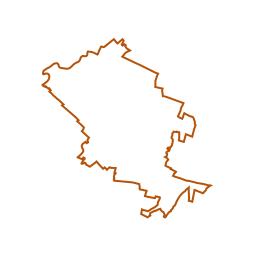 the district of Probota, Iasi, Romania, rotated 229°
{"feature_id": "2599482B12460610774115", "entity_name": "Probota", "entity_type": "district", "adm_level": 2, "iso_a3": "ROU", "parent_name": "Romania", "parent_adm1": "Iasi", "projection": "orthographic", "projection_center": [27.465, 47.391], "detail": "fine", "context": "isolated", "style": "outline", "palette": "amber", "viewbox_px": 256, "rotation_deg": 229, "n_neighbors": 0, "source": "geoboundaries", "source_scale": "gbopen_adm2", "svg_char_len": 5569}
<svg xmlns="http://www.w3.org/2000/svg" viewBox="0 0 256 256"><g transform="rotate(229 128 128)"><path d="M97.3,83.0L84.1,95.6L83.1,96.3L81.9,97.3L80.5,98.1L79.8,98.7L78.2,99.7L77.0,98.8L75.7,98.1L75.0,97.2L74.0,96.6L71.6,98.5L69.7,99.8L68.5,100.9L68.4,100.9L67.9,100.2L66.9,98.3L65.5,96.1L63.7,97.3L57.4,102.3L58.3,104.0L56.8,105.1L55.0,106.5L54.6,106.4L54.1,106.0L53.9,105.6L53.3,104.3L52.4,102.0L50.5,99.8L50.6,98.3L50.5,97.0L51.4,92.9L51.4,92.7L51.6,92.0L51.8,89.8L52.2,88.4L52.4,88.1L54.0,87.3L55.1,86.4L55.6,86.1L56.5,85.5L57.4,85.1L54.4,81.5L47.7,84.2L47.7,85.7L47.3,87.3L47.8,87.3L48.0,87.4L49.2,88.9L48.8,90.4L48.6,91.4L48.2,92.9L48.1,93.5L47.9,93.4L47.6,93.9L47.1,95.4L46.6,97.6L45.8,99.4L44.8,99.1L44.5,98.9L44.2,98.9L42.7,99.0L41.9,99.3L41.5,99.6L40.4,99.2L38.9,98.9L38.4,98.6L38.0,98.0L37.9,97.1L37.7,96.9L36.8,96.9L36.3,97.2L36.1,97.5L36.2,98.2L36.8,100.0L37.4,103.0L37.5,104.0L37.5,104.6L37.3,105.2L37.1,105.5L37.0,105.8L37.6,106.5L37.9,106.9L37.9,107.2L37.7,108.1L38.0,109.1L38.9,110.9L38.9,111.1L38.8,112.4L38.9,112.7L39.1,113.4L40.5,116.2L41.3,118.2L42.1,120.6L42.7,122.9L43.1,125.7L43.1,127.8L42.9,129.4L42.9,129.8L43.3,131.0L43.3,131.6L43.3,133.0L43.1,133.5L43.2,134.0L43.2,134.8L41.3,133.0L35.1,128.2L33.1,126.1L32.8,126.4L32.4,126.7L30.2,128.1L37.6,137.6L29.5,141.8L29.5,142.2L29.9,143.6L29.9,145.6L30.2,146.3L30.7,147.3L30.9,147.7L30.9,148.8L31.0,149.0L30.8,149.4L30.7,151.3L30.5,152.0L30.4,152.6L31.0,152.2L32.1,151.0L35.1,149.0L37.7,147.0L40.9,144.3L48.7,138.9L49.0,138.3L50.4,137.3L56.7,133.9L57.0,133.6L57.6,133.3L58.4,132.7L59.3,132.2L59.8,131.8L61.1,131.2L62.3,130.6L62.5,131.3L62.6,131.6L63.2,132.5L63.3,132.8L63.3,133.2L63.2,133.3L63.3,134.2L63.3,134.7L63.5,135.5L69.1,133.3L69.3,134.0L74.9,131.5L75.1,131.6L77.2,134.7L77.4,135.3L77.6,137.1L77.7,137.6L80.1,137.7L81.7,137.0L81.5,137.7L81.6,139.2L82.7,140.5L84.0,140.5L84.4,141.0L84.5,141.5L84.3,142.9L83.8,144.1L84.6,145.6L85.1,145.4L84.7,144.5L85.6,144.4L86.5,144.1L86.7,144.4L86.9,144.6L86.9,144.9L86.7,145.0L86.8,145.4L86.0,146.4L85.6,146.6L85.6,146.8L85.5,147.1L85.9,148.4L85.9,148.5L85.7,148.6L85.9,149.3L86.1,149.8L87.2,151.2L87.3,151.6L87.8,152.1L88.5,152.7L88.9,153.5L89.4,153.9L90.0,154.2L90.7,154.4L91.5,154.2L91.9,154.4L92.2,154.5L92.6,155.0L93.3,156.5L93.6,156.9L94.1,157.2L94.8,157.9L94.9,159.4L95.3,160.0L93.1,162.0L93.2,162.5L92.4,162.9L92.2,162.9L91.3,163.8L90.8,163.7L90.6,163.6L89.6,162.4L88.2,161.4L87.5,160.6L86.4,159.7L85.6,158.5L85.3,158.2L80.9,161.0L85.3,167.6L79.3,170.8L81.2,173.4L83.0,176.1L85.1,179.4L85.5,180.1L85.8,180.9L87.4,181.2L88.6,182.3L89.4,182.8L92.7,184.0L93.6,184.1L94.6,183.6L95.0,183.5L95.5,182.9L97.4,182.0L102.2,180.2L100.9,177.6L100.5,177.2L99.4,175.0L102.1,173.7L104.0,173.3L105.8,177.3L106.4,178.7L106.6,179.1L107.2,179.6L107.4,179.9L108.5,181.6L108.9,182.8L109.0,183.5L109.8,184.8L110.2,185.8L110.4,186.2L125.7,177.7L128.5,175.9L129.1,175.2L133.7,178.2L135.1,180.0L137.1,178.4L141.1,175.5L141.9,176.4L145.7,179.7L146.9,181.9L147.9,183.4L148.5,184.6L148.9,185.6L149.3,186.4L151.7,185.0L167.9,178.3L172.4,176.2L180.3,172.8L183.6,171.3L185.6,170.5L185.9,172.9L186.1,173.6L186.3,174.7L186.3,176.1L185.8,178.3L185.1,180.4L185.8,180.3L188.5,179.3L190.3,179.4L191.5,179.5L191.9,180.6L192.3,180.6L193.6,180.2L193.7,178.0L195.1,178.0L195.6,179.5L196.0,180.5L196.7,182.0L196.9,182.1L198.6,182.1L198.7,175.6L199.3,175.4L204.3,175.6L204.8,163.1L205.3,162.4L206.7,161.6L207.0,161.2L207.0,160.7L206.0,158.8L205.6,157.6L205.0,156.5L203.6,153.7L203.5,153.4L203.5,153.1L207.3,151.6L207.6,151.4L208.0,151.1L208.9,150.6L210.8,149.1L212.0,147.9L211.5,146.8L210.2,145.6L209.7,144.6L209.7,143.7L210.0,143.1L210.6,142.4L211.3,141.8L212.1,141.0L212.2,140.7L212.3,140.0L212.3,139.3L212.2,138.7L210.9,136.4L210.5,135.0L210.6,133.8L211.4,131.0L211.6,129.6L211.7,128.4L211.5,126.7L211.4,125.1L211.5,123.6L211.9,122.3L212.1,121.7L212.7,120.9L214.0,119.6L216.8,117.2L218.0,116.4L218.7,116.2L219.7,116.2L221.1,116.9L222.2,117.2L223.0,117.1L223.5,116.9L223.8,116.5L224.4,115.6L224.9,114.7L225.1,113.8L225.2,110.9L225.5,107.8L226.0,106.4L226.2,105.5L226.3,104.0L226.5,102.7L226.5,102.0L226.1,101.1L225.0,99.7L224.8,99.5L224.5,99.4L223.9,99.5L223.7,99.9L223.1,101.6L222.2,102.7L221.3,103.2L220.2,103.2L218.8,102.7L217.3,101.2L216.6,99.7L216.2,97.8L216.2,96.7L216.3,94.5L216.6,91.7L215.0,91.7L214.8,91.8L214.8,92.2L213.3,92.5L213.4,93.3L212.0,93.4L209.8,93.8L209.8,94.5L208.0,94.5L208.0,94.3L207.1,94.3L207.1,92.6L203.8,93.0L201.5,93.0L198.6,93.5L197.1,93.6L195.3,94.0L193.0,94.3L188.1,94.8L188.4,93.0L170.9,95.5L166.3,95.8L166.4,94.1L161.1,94.8L157.4,95.1L156.6,93.8L156.3,93.5L155.9,91.1L146.4,92.2L145.7,90.1L145.4,89.4L144.1,88.7L143.5,88.7L143.3,88.5L143.3,88.4L143.8,87.9L144.0,87.7L143.6,87.1L143.6,86.9L144.9,86.7L145.5,86.7L145.5,85.7L145.7,83.1L145.1,81.7L144.7,81.2L144.1,80.8L143.3,80.4L142.2,80.2L141.2,80.0L140.6,79.7L140.0,79.2L139.7,78.8L139.4,78.0L139.0,75.8L138.8,72.4L139.0,70.9L138.9,70.7L135.4,72.5L134.4,72.9L135.0,74.9L133.8,75.5L133.6,75.5L133.3,75.3L133.2,75.1L133.0,74.5L133.1,73.7L132.4,71.4L131.9,70.5L131.7,69.6L131.4,69.6L130.8,70.3L130.7,71.1L130.2,72.7L129.2,72.9L128.8,72.5L127.3,72.5L126.4,73.0L125.5,73.2L124.6,73.4L123.8,73.9L123.3,81.1L123.4,82.2L116.1,82.3L113.5,82.5L113.5,84.6L110.3,84.7L110.5,85.7L110.5,86.2L110.4,86.8L110.4,88.0L110.2,88.6L109.8,88.8L109.2,88.9L105.9,92.4L104.8,91.0L104.2,90.0L103.0,88.3L101.9,89.0L101.8,88.8L101.7,88.5L101.8,88.2L102.0,87.8L101.8,87.2L100.5,85.4L100.2,85.2L99.5,85.1L99.1,84.8L98.9,84.6L98.8,83.9L98.3,83.5L98.2,83.2L97.5,83.1L97.3,83.0Z" fill="none" stroke="#b45309" stroke-width="2"/></g></svg>